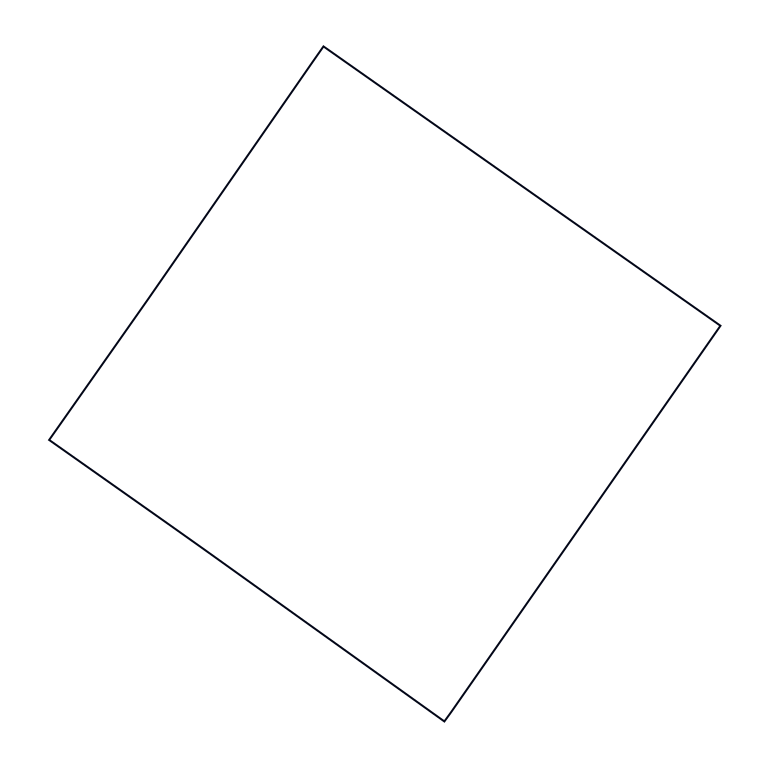 the district of Rooks, Kansas, United States of America, rotated 305°
{"feature_id": "52423323B35530084961770", "entity_name": "Rooks", "entity_type": "district", "adm_level": 2, "iso_a3": "USA", "parent_name": "United States of America", "parent_adm1": "Kansas", "projection": "albers", "projection_center": [-99.363, 39.35], "detail": "fine", "context": "isolated", "style": "outline", "palette": "ink", "viewbox_px": 768, "rotation_deg": 305, "n_neighbors": 0, "source": "geoboundaries", "source_scale": "gbopen_adm2", "svg_char_len": 286}
<svg xmlns="http://www.w3.org/2000/svg" viewBox="0 0 768 768"><g transform="rotate(305 384 384)"><path d="M607.1,140.8L317.6,142.1L146.1,141.8L145.6,286.5L145.3,334.9L142.2,627.0L153.8,627.2L624.7,626.2L625.8,140.8L607.1,140.8Z" fill="none" stroke="#020617" stroke-width="2"/></g></svg>